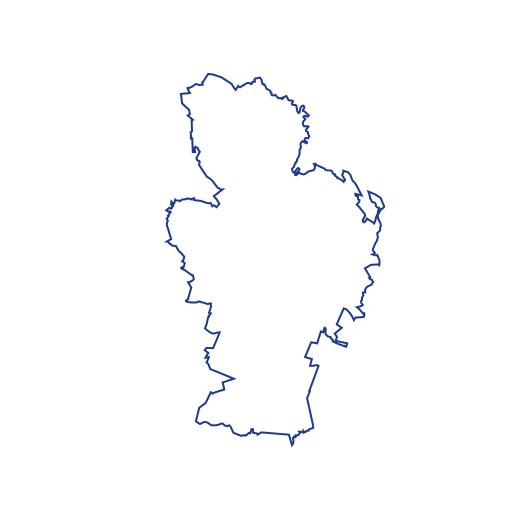 Cunduacán, Tabasco, Mexico, rotated 239°
{"feature_id": "50627088B6162442693475", "entity_name": "Cunduacán", "entity_type": "district", "adm_level": 2, "iso_a3": "MEX", "parent_name": "Mexico", "parent_adm1": "Tabasco", "projection": "mercator", "projection_center": [-93.209, 18.087], "detail": "fine", "context": "isolated", "style": "outline", "palette": "blue", "viewbox_px": 512, "rotation_deg": 239, "n_neighbors": 0, "source": "geoboundaries", "source_scale": "gbopen_adm2", "svg_char_len": 6142}
<svg xmlns="http://www.w3.org/2000/svg" viewBox="0 0 512 512"><g transform="rotate(239 256 256)"><path d="M253.4,385.5L247.9,384.2L246.7,383.4L244.6,383.6L242.9,383.1L240.3,385.4L239.1,385.4L236.7,384.5L234.8,385.1L234.2,386.2L233.0,386.4L232.2,384.3L229.7,382.2L226.9,378.2L225.0,376.8L223.0,374.0L225.5,373.2L230.7,370.4L230.1,370.2L230.1,368.4L229.4,367.7L229.1,366.3L229.4,365.7L230.7,365.3L231.8,366.1L234.4,370.2L235.9,370.9L245.4,369.6L248.1,368.8L249.4,372.6L250.7,373.5L251.9,372.7L254.3,373.9L256.4,372.5L258.1,373.2L253.5,377.8L265.2,378.5L268.4,378.3L270.6,377.6L276.8,378.6L280.3,378.1L284.2,374.8L282.4,373.8L281.0,371.5L275.5,371.6L274.9,371.0L274.7,370.3L275.3,369.7L274.7,369.2L277.3,368.4L281.0,366.0L281.1,366.4L284.4,365.0L285.1,365.8L287.1,364.3L289.0,364.8L290.4,364.6L293.2,360.6L294.3,359.9L295.5,359.8L302.6,354.9L304.7,354.3L305.0,353.0L302.7,353.2L302.5,352.5L300.9,351.7L299.9,349.6L301.5,344.5L301.0,341.0L301.4,338.8L303.1,337.0L305.2,336.0L304.6,332.0L305.3,331.3L306.8,332.1L307.0,332.9L306.1,334.4L307.6,337.5L308.5,338.1L309.4,337.7L309.8,336.8L308.0,332.3L308.2,331.3L309.4,330.9L312.1,331.7L313.0,334.7L314.6,336.2L315.1,337.9L315.8,338.0L316.1,339.8L317.6,341.0L319.7,344.5L321.6,346.3L324.9,348.3L325.4,349.9L326.1,350.5L328.8,351.6L329.7,352.4L330.5,355.0L326.7,357.1L326.5,357.7L327.6,358.4L329.4,357.3L330.9,357.6L331.6,359.1L331.1,360.3L330.0,361.2L331.1,363.3L334.1,363.5L334.7,364.2L335.9,364.2L337.2,363.3L338.4,363.6L339.8,367.6L340.6,367.2L342.4,364.0L343.8,363.9L345.6,364.4L347.2,366.1L347.3,367.3L348.0,368.8L350.8,368.2L351.2,368.8L351.0,370.2L348.9,372.0L348.8,372.8L349.4,373.7L354.6,372.2L356.2,371.0L357.0,371.6L358.3,373.9L359.7,374.3L360.6,373.9L361.0,372.8L360.0,370.2L356.6,367.4L356.7,366.0L359.0,366.0L364.1,368.0L365.0,367.6L366.4,365.5L367.2,365.1L368.2,365.2L369.1,367.0L370.0,367.4L370.9,366.8L372.1,364.8L372.9,364.2L377.5,364.4L378.0,361.0L377.0,360.5L377.2,359.1L378.2,359.2L379.5,356.8L380.5,356.2L384.1,355.6L384.6,353.7L385.8,352.3L387.6,353.2L388.0,352.6L388.8,352.7L389.9,353.4L394.2,351.1L397.6,351.7L398.5,351.0L399.3,351.2L400.0,350.1L401.0,350.6L402.7,350.7L403.6,351.5L406.7,351.4L407.3,350.5L407.7,348.5L408.6,346.8L407.8,345.3L407.0,345.3L406.0,344.7L407.1,342.7L405.8,341.1L405.9,340.2L406.9,340.1L408.6,338.0L408.9,336.8L408.8,329.3L409.7,328.6L411.0,328.2L408.8,324.2L410.7,323.8L416.1,323.7L427.0,318.4L433.6,312.7L436.7,308.8L432.3,299.8L432.5,299.4L430.3,298.5L431.6,295.7L434.2,293.3L434.4,292.4L434.1,288.8L434.5,285.0L435.4,284.1L434.5,283.5L429.7,283.2L433.6,275.2L424.9,271.2L415.8,273.9L411.8,272.5L411.6,269.9L406.0,271.8L406.3,271.3L405.2,270.6L404.8,270.9L404.0,269.9L395.9,265.4L395.7,263.7L392.4,262.2L392.5,262.0L390.1,260.7L389.6,261.9L377.7,255.4L376.5,257.4L378.5,258.0L379.4,258.8L380.0,258.7L380.7,260.1L381.6,260.3L380.3,260.5L378.5,261.7L376.9,261.2L374.3,261.5L370.4,255.1L367.9,255.1L366.5,256.4L365.3,256.0L363.5,254.1L349.4,254.7L346.3,256.3L342.7,257.4L334.6,258.2L331.1,260.2L330.3,261.6L329.0,250.6L324.5,251.5L319.5,251.4L318.2,247.3L321.2,246.1L321.1,244.1L324.7,244.5L325.2,243.2L326.8,241.2L331.6,237.2L335.7,231.8L337.3,232.8L338.2,230.2L337.7,229.9L340.1,227.7L340.3,226.7L341.1,226.0L340.8,225.0L342.4,221.8L342.2,219.3L342.5,219.4L345.0,215.8L345.8,215.7L343.2,213.0L343.0,212.1L346.2,211.5L344.3,209.9L343.0,210.6L342.6,209.8L341.5,210.5L340.2,207.6L342.0,206.8L341.4,202.6L338.5,204.0L338.8,204.9L337.5,205.5L335.9,201.5L335.2,201.8L333.9,198.6L331.6,198.6L330.8,197.3L328.7,195.6L314.2,192.0L314.3,187.0L313.5,188.0L311.1,188.2L310.9,188.8L307.9,189.6L305.9,192.4L299.7,192.4L296.8,193.5L292.1,194.1L290.0,191.7L289.6,190.0L286.6,191.3L283.5,187.9L284.5,187.0L284.4,185.7L283.2,185.9L280.5,187.7L272.2,191.3L272.0,192.0L268.2,190.8L267.7,189.4L267.9,185.1L268.4,184.2L262.3,184.3L254.5,175.9L253.9,175.7L253.9,173.0L253.4,172.7L252.0,173.5L249.6,176.4L246.8,181.1L246.5,183.7L239.6,190.0L239.2,192.0L238.3,192.9L237.7,192.2L235.8,191.4L231.4,186.4L230.1,187.7L228.7,184.2L228.3,184.4L227.3,182.6L223.1,178.6L220.2,175.0L215.3,176.7L212.1,178.7L211.2,179.9L210.6,182.7L209.2,185.5L199.1,171.8L202.7,166.2L201.7,163.5L197.4,165.2L196.0,162.0L194.8,160.4L193.7,163.5L193.4,163.5L190.2,158.8L188.0,159.5L182.6,158.6L162.2,173.8L164.8,162.3L157.9,160.1L160.5,149.3L160.3,148.1L162.5,147.1L155.9,137.1L155.2,129.2L145.2,119.3L144.4,119.7L140.8,121.4L140.5,125.7L140.0,126.9L137.8,128.9L134.2,130.3L131.8,133.8L130.6,137.2L130.3,139.8L129.4,141.2L126.8,141.9L124.8,143.9L124.8,145.7L123.3,146.3L116.1,145.6L109.4,150.7L108.9,152.9L107.8,154.0L107.7,155.2L107.4,155.2L108.0,158.6L107.0,159.7L109.9,163.0L109.0,164.2L106.2,162.4L103.0,165.8L102.0,165.4L102.0,169.8L85.9,192.2L75.3,189.4L76.5,191.7L78.9,193.3L81.0,193.9L81.1,195.0L80.7,195.9L81.4,195.9L80.8,197.2L81.9,197.8L80.6,199.7L81.8,202.8L83.1,202.5L82.5,203.9L80.3,205.5L81.7,206.6L80.5,206.7L79.5,207.4L80.1,209.1L79.2,211.2L80.0,211.6L80.1,212.3L79.2,216.4L80.6,217.4L107.9,226.6L112.3,232.5L112.8,232.1L129.6,253.0L130.9,252.3L132.8,247.8L134.0,245.8L138.9,250.8L144.1,246.0L153.6,258.9L149.6,263.4L157.9,272.7L156.0,274.2L159.2,277.7L158.1,278.5L154.5,276.0L152.6,275.5L150.0,276.2L148.2,278.2L146.4,277.8L144.0,278.7L143.2,277.8L140.2,280.1L140.0,279.9L133.0,285.4L133.2,285.9L131.8,286.6L134.2,289.2L142.2,280.6L145.0,283.8L148.9,283.5L150.3,292.5L155.8,290.0L165.9,304.2L163.5,306.1L158.4,307.1L154.8,307.3L150.6,306.9L152.0,309.5L148.2,316.9L149.7,318.6L151.1,319.2L151.2,318.2L157.1,317.2L160.1,316.1L159.0,319.7L159.0,322.2L161.5,322.0L162.8,322.6L163.5,323.2L163.9,324.4L165.6,325.2L166.9,327.7L169.4,328.5L169.6,328.9L168.6,330.9L171.1,332.3L172.4,335.2L172.0,340.4L173.3,342.3L173.4,343.0L175.9,343.1L177.0,342.0L177.9,341.7L179.0,341.7L178.9,343.0L189.3,343.0L189.2,350.1L185.6,356.8L184.8,356.8L185.4,357.7L188.9,359.7L194.5,360.4L194.7,359.2L197.3,356.7L197.1,358.4L197.5,359.5L200.5,359.1L201.6,359.6L205.6,365.1L206.8,367.5L209.3,370.1L213.1,371.6L214.0,375.6L216.5,377.1L217.6,378.6L219.8,379.5L225.6,380.0L228.3,381.5L231.1,386.1L232.0,391.0L232.4,391.4L241.7,392.7L246.9,390.2L253.4,385.5Z" fill="none" stroke="#1e3a8a" stroke-width="2"/></g></svg>